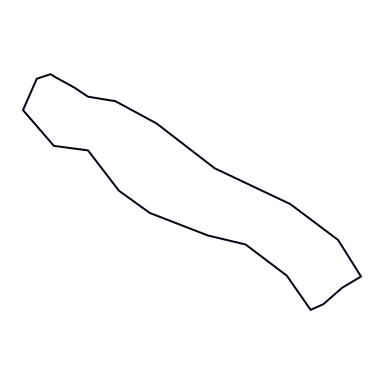 map outline of Aerodrom (Equal Earth projection)
{"feature_id": "MKD-2937", "entity_name": "Aerodrom", "entity_type": "Municipality", "adm_level": 1, "iso_a3": "MKD", "parent_name": "North Macedonia", "parent_adm1": "", "projection": "equal_earth", "projection_center": [21.482, 41.951], "detail": "fine", "context": "isolated", "style": "outline", "palette": "ink", "viewbox_px": 384, "rotation_deg": 0, "n_neighbors": 0, "source": "natural_earth", "source_scale": "10m", "svg_char_len": 410}
<svg xmlns="http://www.w3.org/2000/svg" viewBox="0 0 384 384"><path d="M29.3,117.4L23.0,110.1L36.8,78.7L39.9,77.7L50.5,74.2L56.5,77.8L74.5,87.7L88.0,96.7L115.4,101.2L156.6,123.5L214.7,168.3L290.3,204.1L338.1,240.0L361.0,276.5L342.1,287.8L323.2,304.3L310.6,309.8L286.8,275.7L245.6,244.5L207.9,235.5L149.8,213.0L118.9,190.7L88.0,150.4L53.9,145.9L29.3,117.4Z" fill="none" stroke="#020617" stroke-width="2"/></svg>